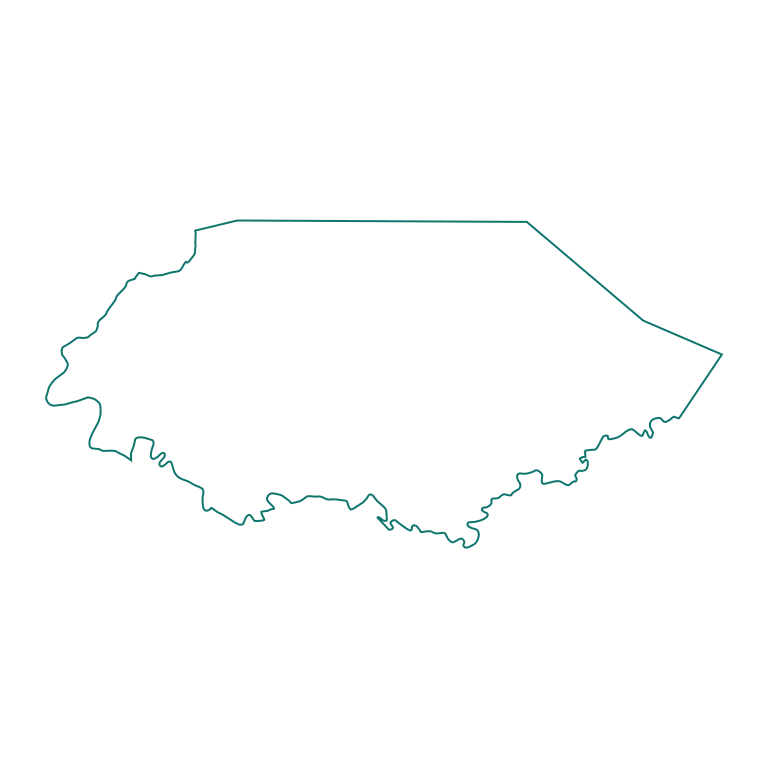 San Matias, El Paraíso, Honduras (Albers equal-area conic projection)
{"feature_id": "27666195B8791216164524", "entity_name": "San Matias", "entity_type": "district", "adm_level": 2, "iso_a3": "HND", "parent_name": "Honduras", "parent_adm1": "El Paraíso", "projection": "albers", "projection_center": [-86.656, 13.953], "detail": "fine", "context": "isolated", "style": "outline", "palette": "teal", "viewbox_px": 768, "rotation_deg": 0, "n_neighbors": 0, "source": "geoboundaries", "source_scale": "gbopen_adm2", "svg_char_len": 6069}
<svg xmlns="http://www.w3.org/2000/svg" viewBox="0 0 768 768"><path d="M131.2,460.3L131.0,455.0L131.1,453.0L134.0,445.2L135.0,439.9L135.6,438.7L136.6,438.0L138.1,437.5L141.5,437.3L145.1,437.9L152.4,440.2L152.9,440.7L153.4,441.6L153.6,443.9L151.8,449.4L151.0,452.9L150.8,456.3L151.4,457.8L152.1,458.5L152.9,458.9L154.7,458.7L157.5,457.0L160.0,454.5L161.3,453.5L162.7,452.9L164.0,453.1L164.5,453.5L164.9,454.3L164.7,456.1L164.1,457.3L159.7,462.3L159.4,464.5L160.1,465.9L161.1,466.4L162.7,466.3L164.9,464.8L167.9,462.0L169.4,461.5L170.8,461.9L171.4,462.5L174.3,472.0L176.0,474.8L178.1,476.9L179.3,477.8L182.2,479.2L188.2,481.4L195.0,485.3L199.5,487.1L202.5,488.8L203.1,490.0L203.4,491.8L203.2,494.5L202.5,497.9L202.7,503.6L203.3,507.7L203.8,508.8L204.6,510.0L205.9,510.7L207.3,510.7L209.8,509.5L211.0,508.0L212.0,508.2L217.6,512.2L222.9,514.8L235.0,522.6L239.3,524.6L241.2,524.7L243.1,524.1L245.8,517.5L247.3,515.7L248.6,515.0L249.7,515.0L250.6,515.5L254.2,520.5L254.8,521.0L257.6,521.0L261.3,520.7L263.4,520.3L264.2,519.9L264.3,519.5L261.4,513.1L261.3,512.0L263.1,511.4L267.0,511.0L271.1,509.3L272.7,508.9L273.6,508.9L273.9,508.7L273.9,507.9L273.5,507.0L268.8,502.3L267.6,500.7L267.1,499.7L267.1,497.7L267.8,496.1L269.3,494.4L271.2,493.4L273.2,493.4L276.4,493.9L279.6,494.7L281.9,495.5L285.6,498.1L289.2,500.9L291.0,502.8L291.8,503.1L295.0,502.5L299.9,501.2L303.1,499.3L306.4,496.8L308.3,496.1L315.2,496.6L319.7,496.5L321.7,496.9L326.4,499.1L328.1,499.5L329.6,499.6L332.6,499.3L336.8,499.5L345.5,500.7L346.4,501.0L347.0,501.8L347.6,503.0L348.1,505.2L348.6,506.5L350.1,508.9L350.9,509.5L352.0,509.2L353.9,508.4L363.3,502.2L366.5,498.7L368.7,495.3L369.6,494.6L370.7,494.5L371.7,494.8L373.0,495.7L376.9,500.7L384.5,507.5L385.7,509.1L386.2,510.5L386.8,517.9L386.8,519.8L386.5,520.5L385.4,520.9L383.9,520.7L382.5,520.0L380.6,518.3L379.1,517.4L377.8,517.2L377.6,517.7L388.6,529.4L389.6,529.7L390.8,529.6L391.8,529.2L392.8,528.3L392.9,527.8L392.8,526.9L390.9,524.3L390.6,523.4L390.7,522.4L391.1,521.6L391.8,521.1L393.9,520.1L394.9,520.1L396.1,520.8L398.5,522.9L406.7,528.8L409.6,530.3L410.7,530.5L411.4,530.0L411.8,529.3L411.8,527.7L412.4,526.1L413.1,525.4L414.2,525.3L416.0,525.8L417.1,526.6L419.8,530.1L420.5,531.7L421.1,532.1L422.0,532.1L426.1,531.4L429.6,531.2L431.6,531.6L434.1,533.0L435.7,533.4L438.8,533.3L442.9,532.8L444.3,533.0L445.0,533.4L445.8,534.4L447.5,538.0L448.5,539.4L450.3,541.3L451.9,542.2L453.0,542.3L454.4,541.8L459.8,538.9L461.1,538.6L462.1,538.8L463.4,539.9L464.3,541.8L464.3,542.9L463.4,544.6L463.5,545.6L463.8,546.4L465.0,547.5L467.1,547.5L468.9,547.0L472.3,545.3L474.4,544.1L475.8,542.8L477.0,541.0L478.0,539.0L478.6,536.6L478.9,534.6L478.4,532.0L477.8,530.9L476.9,529.9L475.7,529.3L470.7,527.7L468.4,526.4L467.8,525.6L467.5,524.6L467.5,523.8L467.9,522.9L468.9,522.3L474.8,521.9L479.8,520.7L484.0,519.0L486.5,517.2L487.6,515.5L487.7,514.6L487.4,513.7L486.6,513.0L484.5,512.1L482.7,510.9L481.9,510.1L481.9,509.2L482.3,508.4L483.0,507.8L483.9,507.6L485.7,507.5L487.0,507.1L489.0,506.1L490.4,504.9L491.4,503.3L491.6,501.6L491.2,500.0L492.0,498.9L492.7,498.6L495.4,498.5L498.0,498.1L499.5,497.3L501.6,495.3L503.6,494.3L504.6,494.3L509.4,495.4L511.0,495.3L511.4,495.0L512.0,493.7L512.7,492.9L515.3,491.1L518.9,489.0L520.1,487.2L520.4,485.4L519.9,483.2L517.9,480.1L517.1,477.5L517.2,475.4L517.6,474.6L518.3,473.8L519.5,473.4L524.1,473.8L527.7,473.4L532.4,472.0L535.5,470.4L537.2,470.4L538.6,470.9L539.9,471.9L541.3,473.3L542.3,474.8L541.7,481.3L542.1,482.9L542.8,483.6L543.8,483.8L545.2,483.7L554.6,481.4L558.0,481.1L559.6,481.3L561.1,481.8L564.3,483.8L566.3,484.7L567.9,485.2L568.7,485.1L569.4,484.8L570.8,483.5L573.4,481.7L574.2,481.4L575.6,481.5L576.2,480.9L576.6,479.8L576.6,478.4L575.4,476.3L575.2,475.0L576.3,473.3L578.3,471.1L579.2,470.6L581.2,471.0L584.2,470.5L585.8,469.6L587.0,468.1L587.6,466.1L587.9,463.8L587.7,461.8L587.1,460.5L586.3,459.7L585.7,459.7L582.6,462.8L581.0,460.8L579.8,458.8L580.0,458.4L582.2,457.3L583.3,457.0L584.9,457.1L585.4,456.8L585.5,456.3L584.8,451.6L584.9,451.3L585.7,450.7L586.7,450.4L590.4,449.9L594.5,449.7L596.2,448.9L598.1,446.2L602.6,437.4L603.8,436.2L605.6,435.6L607.5,435.7L607.9,436.4L608.0,438.2L608.3,438.9L608.7,439.2L610.9,439.1L614.1,438.5L618.3,437.1L621.6,435.0L626.7,431.0L629.4,429.6L631.7,429.2L633.2,429.7L639.4,434.9L641.9,436.0L642.3,435.9L642.6,435.5L643.3,433.6L644.6,430.8L645.0,430.4L645.5,430.4L646.7,431.8L648.0,435.0L649.2,437.1L650.2,437.7L651.2,437.7L652.7,434.1L653.0,432.6L652.8,432.0L650.3,427.4L650.0,426.1L649.9,424.7L650.1,423.2L650.6,421.9L651.3,420.8L652.8,419.5L654.8,418.6L657.2,418.1L659.4,418.0L660.8,418.4L663.7,421.6L665.2,422.0L666.5,421.6L668.0,420.9L670.4,419.4L672.5,417.5L673.7,416.9L674.7,416.9L678.2,418.3L679.1,418.2L721.9,354.5L643.2,320.6L526.8,221.9L237.2,220.5L195.2,230.6L195.7,233.3L195.3,242.4L195.6,245.6L195.2,248.5L195.0,252.0L194.7,253.8L193.3,256.0L188.9,261.6L187.4,262.6L186.9,262.5L186.1,261.8L185.4,262.3L183.6,264.9L181.6,268.6L180.0,270.4L178.5,271.2L170.1,272.7L162.3,275.1L154.4,275.6L151.5,276.5L148.9,275.9L145.1,274.2L139.4,272.9L138.8,272.9L135.9,276.8L134.6,278.9L129.2,280.6L127.5,281.7L126.7,283.0L126.0,285.6L124.0,288.6L118.6,294.0L117.0,295.9L116.4,296.9L115.7,299.0L115.0,300.5L113.0,303.4L108.6,309.1L106.9,312.0L105.9,314.4L103.0,317.3L99.5,320.2L98.6,321.4L97.8,323.4L97.8,325.8L97.4,327.3L96.5,330.2L95.8,331.3L93.7,332.9L90.7,334.7L88.6,336.8L87.0,337.6L83.7,338.0L78.4,337.6L76.7,338.1L69.4,343.4L62.8,347.2L62.4,347.9L61.6,350.6L62.2,354.9L64.6,358.0L67.3,362.6L67.8,364.2L67.5,366.6L66.3,369.2L64.2,372.2L62.8,373.4L57.8,377.0L54.6,379.6L52.1,382.6L49.5,386.4L48.6,388.6L47.4,393.1L46.1,397.2L46.3,399.2L47.3,401.6L48.4,403.1L49.7,404.3L52.3,405.5L53.6,405.7L65.5,404.4L69.6,403.1L78.2,400.9L88.1,397.3L93.8,398.8L95.8,399.9L98.7,402.5L99.5,403.6L100.2,405.1L100.6,408.8L100.5,414.3L99.7,417.9L98.3,422.2L92.1,433.8L90.1,438.8L89.6,440.8L89.4,443.5L89.6,445.3L90.1,446.7L91.1,447.8L92.1,448.4L99.0,449.1L102.9,450.9L111.7,450.7L115.5,451.1L119.4,453.3L124.2,455.5L131.2,460.3Z" fill="none" stroke="#0f766e" stroke-width="2"/></svg>